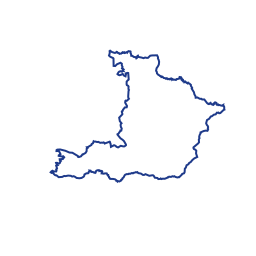 the district of Santuario, Antioquia, Colombia, rotated 140°
{"feature_id": "7082276B94557832813539", "entity_name": "Santuario", "entity_type": "district", "adm_level": 2, "iso_a3": "COL", "parent_name": "Colombia", "parent_adm1": "Antioquia", "projection": "albers", "projection_center": [-75.251, 6.114], "detail": "fine", "context": "isolated", "style": "outline", "palette": "blue", "viewbox_px": 256, "rotation_deg": 140, "n_neighbors": 0, "source": "geoboundaries", "source_scale": "gbopen_adm2", "svg_char_len": 5776}
<svg xmlns="http://www.w3.org/2000/svg" viewBox="0 0 256 256"><g transform="rotate(140 128 128)"><path d="M135.4,68.3L135.2,67.4L133.9,66.8L132.5,65.5L129.5,64.5L129.2,64.7L128.7,64.3L127.8,64.3L126.5,62.9L125.0,62.5L124.4,61.6L123.5,61.3L123.1,60.0L122.0,58.4L121.4,58.0L120.8,57.9L120.4,57.4L116.6,57.7L116.0,58.0L114.2,57.3L113.0,57.8L110.6,60.3L109.1,60.5L107.1,61.8L105.0,61.4L103.7,61.9L101.8,61.6L99.3,62.1L96.7,62.1L93.6,61.3L92.2,64.8L90.3,66.7L90.3,68.0L91.0,69.5L90.7,70.7L90.2,71.1L84.2,71.1L82.8,71.4L81.1,73.7L79.7,74.3L79.4,75.2L78.8,75.8L77.0,76.9L75.8,77.2L75.3,78.0L71.9,77.0L69.7,75.8L69.2,74.9L68.7,74.8L67.3,75.6L67.1,76.5L66.0,77.2L65.6,78.4L65.6,79.8L65.1,81.4L62.4,83.3L59.9,82.9L57.2,83.6L56.2,83.1L53.6,83.0L52.1,82.1L50.1,82.6L49.8,82.2L48.8,81.7L48.8,80.9L48.3,80.4L47.6,80.1L43.2,80.4L42.3,80.1L41.8,81.1L40.8,82.2L40.5,83.2L41.0,83.9L40.3,84.5L41.5,84.7L42.1,85.1L43.2,86.9L43.8,87.2L43.8,88.1L44.2,88.2L44.4,88.6L44.9,88.5L45.0,89.4L44.2,90.1L44.3,90.8L44.8,91.7L45.5,91.7L46.3,91.2L46.7,91.7L47.0,91.7L47.5,90.9L47.9,90.9L48.9,92.8L48.6,94.1L49.3,94.1L49.8,94.5L50.5,94.2L51.0,94.6L51.4,96.2L51.2,100.8L52.9,102.2L53.0,103.2L53.8,103.8L54.3,104.4L55.2,106.8L56.7,107.7L55.9,108.9L55.5,111.1L54.5,113.0L53.9,117.2L53.1,117.4L52.7,120.0L52.1,120.6L52.4,122.7L53.0,123.4L53.7,123.7L53.7,124.0L53.2,124.3L54.1,124.9L54.2,126.5L54.9,126.5L55.4,126.8L54.8,127.4L55.7,128.2L54.9,129.6L55.2,129.9L55.9,129.7L56.0,130.6L55.7,131.5L54.9,131.6L54.9,131.8L55.3,132.1L54.8,132.9L55.7,133.9L56.0,133.7L56.3,133.2L57.4,133.0L57.8,133.4L58.9,133.8L59.4,134.3L60.4,134.0L61.8,135.7L62.3,135.9L62.4,136.7L63.1,136.7L62.7,137.4L63.0,138.2L63.4,138.3L63.6,137.9L63.9,137.9L64.1,138.6L64.9,138.6L65.2,139.4L66.1,139.7L66.3,140.1L66.2,141.2L66.5,141.4L67.0,141.1L67.4,141.4L67.6,142.4L68.5,143.4L68.6,145.1L69.3,145.3L69.3,145.7L69.7,145.8L69.5,146.6L70.1,147.4L70.1,148.1L70.6,149.2L70.7,151.2L69.9,152.4L69.7,153.8L67.7,155.4L65.5,156.0L63.6,156.8L61.6,158.7L60.7,160.6L60.4,162.0L59.5,162.9L59.0,165.0L62.9,168.1L64.5,169.1L67.6,168.9L68.5,169.6L69.6,171.0L71.2,171.5L72.3,173.2L74.4,175.8L73.9,177.0L74.4,177.1L74.8,176.7L75.2,176.8L76.3,175.9L76.8,176.0L76.5,176.7L76.8,177.2L76.6,177.4L78.0,178.9L78.2,180.4L79.1,181.2L78.1,182.8L77.9,183.8L77.0,184.7L76.9,185.1L78.3,186.6L78.9,186.4L79.8,186.6L80.3,186.3L80.5,187.1L82.1,187.4L82.4,187.6L82.2,188.4L82.7,188.6L83.3,189.5L83.6,189.5L83.6,188.9L83.8,188.8L84.5,189.4L85.5,189.4L86.0,189.9L86.9,190.3L86.8,191.4L87.5,192.0L87.5,193.3L87.8,193.7L89.1,193.5L90.1,194.3L91.5,196.6L92.0,198.7L92.6,198.7L92.6,198.4L94.4,196.7L96.0,195.7L95.8,194.0L94.4,191.0L94.5,190.5L99.1,184.8L98.0,183.7L95.4,183.9L91.8,182.8L91.4,181.2L92.5,180.0L92.9,178.3L94.2,177.6L93.8,176.7L93.7,175.7L94.8,175.7L94.9,174.7L95.4,175.2L96.5,175.1L97.1,176.2L98.3,176.8L99.3,176.8L101.4,176.1L101.2,174.9L100.6,173.9L99.0,173.2L97.3,172.9L97.4,170.8L96.7,169.2L95.0,170.5L94.7,171.3L93.0,170.6L92.5,170.0L96.2,164.8L96.7,164.6L97.6,164.7L99.2,164.4L100.9,162.5L101.3,161.6L100.8,160.3L100.9,159.4L102.1,158.2L103.0,156.8L102.9,156.5L104.0,155.8L107.6,152.0L108.3,151.0L108.5,149.8L111.2,149.6L112.0,149.9L112.1,150.4L112.7,150.4L113.9,149.2L114.6,145.5L115.7,144.7L117.2,145.8L120.1,145.2L121.2,144.5L121.8,144.7L122.3,144.5L123.3,142.3L123.6,142.1L128.1,141.6L129.9,138.4L129.9,135.8L130.9,135.7L131.8,135.0L132.8,133.3L133.1,131.7L134.7,130.4L135.5,130.9L135.8,130.4L137.0,130.4L138.8,129.8L140.1,130.0L140.3,129.7L140.4,125.0L139.7,122.4L139.5,120.5L140.2,116.7L140.7,116.1L142.5,116.2L143.5,117.0L145.0,119.0L148.1,119.5L148.9,121.0L149.0,122.3L149.6,123.6L150.2,124.0L151.2,124.0L151.8,124.4L152.5,124.3L153.2,124.5L151.5,127.1L151.5,127.6L150.8,128.7L150.8,129.3L155.8,131.1L155.6,131.8L156.0,132.7L156.7,132.8L157.4,133.6L158.8,134.5L159.7,136.5L160.6,137.0L161.8,138.7L162.7,139.3L162.9,139.9L164.7,138.8L166.1,139.1L167.0,138.5L171.0,139.2L171.7,139.6L171.7,138.7L172.8,138.8L174.7,136.8L176.6,136.2L178.8,136.6L179.6,137.0L179.9,136.7L180.7,136.9L182.1,136.5L184.3,137.3L184.8,138.0L184.4,138.7L184.6,139.3L186.5,144.8L188.6,146.8L190.6,150.8L193.8,155.2L196.1,156.9L196.9,157.0L197.6,156.3L196.2,155.2L195.8,154.3L196.5,151.4L198.6,151.6L199.0,151.2L196.8,148.5L195.8,148.0L195.7,146.6L196.6,146.4L197.5,146.6L197.6,146.2L197.9,146.1L200.4,148.0L201.0,147.1L200.5,146.8L200.6,145.9L201.1,145.9L202.7,145.0L203.5,145.0L204.4,145.9L204.4,146.5L204.9,147.1L205.5,147.5L205.9,146.5L205.8,144.7L207.3,145.2L208.3,142.7L209.6,142.5L209.7,141.8L210.6,141.1L210.5,140.3L211.0,141.0L212.8,142.4L213.3,143.8L214.5,144.0L215.7,143.8L215.4,142.7L214.1,141.7L214.4,140.6L214.2,139.0L213.9,138.3L213.2,137.7L212.7,134.9L209.8,132.8L207.7,132.3L206.8,131.3L204.4,130.0L202.5,128.1L202.0,126.7L200.6,126.0L199.9,124.5L199.5,122.8L197.6,120.8L195.7,119.6L193.3,119.2L192.3,119.5L191.2,120.4L189.0,120.0L187.7,119.0L187.1,119.0L186.4,119.6L185.9,119.7L184.7,118.9L184.6,119.9L184.1,119.4L184.2,117.8L183.2,117.0L182.9,116.0L182.4,115.7L182.1,114.7L181.6,114.6L180.3,115.5L179.5,115.6L178.3,115.1L177.5,114.5L177.7,113.6L176.9,113.5L176.8,112.6L176.0,112.3L175.6,111.7L175.7,111.2L176.5,110.9L176.5,110.2L177.2,110.0L175.9,108.5L174.9,108.1L173.5,106.9L173.9,105.1L173.4,104.7L174.0,103.8L173.9,102.9L174.4,102.3L174.2,101.6L174.4,100.5L172.2,98.6L170.9,97.0L170.6,95.8L170.9,95.1L170.4,94.7L170.5,93.8L169.9,93.9L169.0,92.6L167.2,92.2L166.8,92.2L166.5,92.7L165.2,92.5L164.7,93.0L163.1,93.0L161.0,93.9L160.2,94.0L158.6,93.5L157.5,92.5L156.6,92.4L155.9,91.6L153.9,91.0L153.4,90.1L152.6,90.1L151.6,89.5L150.3,89.1L149.8,88.3L149.2,88.2L149.1,86.8L147.4,84.8L146.7,82.4L145.8,81.7L144.3,81.4L142.4,77.7L139.8,76.2L139.2,75.6L139.0,74.9L139.4,72.7L137.6,70.8L137.6,69.4L136.1,68.3L135.4,68.3Z" fill="none" stroke="#1e3a8a" stroke-width="2"/></g></svg>